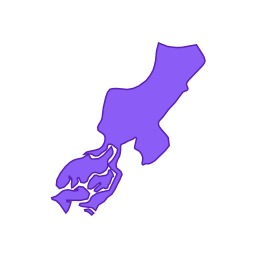 SVG path tracing the border of Hồ Chí Minh city, rotated 71°
{"feature_id": "VNM-501", "entity_name": "Hồ Chí Minh city", "entity_type": "City", "adm_level": 1, "iso_a3": "VNM", "parent_name": "Vietnam", "parent_adm1": "", "projection": "natural_earth1", "projection_center": [106.809, 10.754], "detail": "fine", "context": "isolated", "style": "filled", "palette": "violet", "viewbox_px": 256, "rotation_deg": 71, "n_neighbors": 0, "source": "natural_earth", "source_scale": "10m", "svg_char_len": 3570}
<svg xmlns="http://www.w3.org/2000/svg" viewBox="0 0 256 256"><g transform="rotate(71 128 128)"><path d="M189.6,174.3L191.2,181.0L195.4,185.5L193.7,186.5L191.8,187.7L187.0,197.3L185.2,199.2L183.8,197.9L184.2,195.8L185.0,193.1L185.2,190.6L184.3,188.0L183.3,186.8L182.1,185.8L180.9,183.7L179.7,178.8L179.8,174.4L180.8,166.0L169.7,155.1L167.8,153.2L164.8,154.9L160.7,157.3L156.5,158.6L154.6,155.9L153.4,153.2L150.7,149.6L149.0,147.9L147.4,146.3L144.5,144.7L143.6,145.2L143.4,145.2L139.2,147.9L137.9,149.0L137.0,151.7L138.4,153.4L140.5,154.5L141.6,155.9L142.1,158.3L144.5,165.2L143.8,168.1L142.7,169.4L141.4,170.4L140.2,172.0L138.9,176.0L138.5,178.0L137.4,175.7L137.4,173.5L138.3,166.2L138.4,161.7L137.1,158.3L134.4,155.3L131.4,153.4L128.6,152.6L126.4,152.9L124.3,154.2L122.4,155.8L120.3,157.0L117.5,156.5L115.3,154.5L112.5,151.1L110.1,149.2L100.7,144.6L91.5,138.9L87.5,135.6L85.5,132.4L85.9,129.2L87.3,125.1L91.4,116.0L92.3,110.2L91.8,103.9L89.1,95.4L85.7,90.1L81.7,85.6L77.8,82.7L72.9,79.7L64.6,76.0L57.6,71.4L63.5,64.5L65.4,61.1L67.8,55.7L69.3,50.9L71.6,36.2L83.7,33.3L86.2,33.1L89.5,33.3L91.4,34.7L93.2,37.1L102.3,54.8L104.3,57.7L106.1,58.6L110.2,58.5L111.3,59.3L111.7,60.7L111.6,62.4L111.9,64.5L119.3,75.4L123.5,83.4L129.0,91.5L131.7,96.5L133.8,97.9L136.5,98.1L139.7,97.1L147.7,93.9L150.3,93.1L158.1,94.8L161.7,100.5L167.6,113.2L168.5,117.3L168.6,119.5L168.3,121.0L168.0,121.6L167.7,122.2L167.5,122.6L167.5,123.3L167.7,125.0L167.8,125.5L167.7,125.9L167.4,126.1L166.9,126.3L166.3,126.3L165.4,125.9L163.9,125.0L162.3,124.2L160.7,123.7L158.7,123.6L156.6,123.8L154.8,124.4L153.2,125.1L152.2,125.9L150.3,127.8L149.6,128.2L149.1,128.3L148.2,128.0L140.6,123.3L140.0,123.4L139.2,124.1L140.1,127.0L140.4,132.7L141.1,135.9L141.1,137.0L141.3,140.0L143.0,141.0L145.4,141.8L147.3,142.6L149.3,143.6L151.9,145.2L154.3,147.9L158.2,151.1L162.0,151.8L164.4,150.3L167.2,148.8L170.1,148.8L172.2,150.8L174.6,152.9L177.5,156.1L181.3,159.8L185.3,164.8L186.9,170.1L189.6,174.3ZM166.2,200.7L162.8,199.8L159.9,198.4L157.3,197.8L154.6,199.2L155.8,199.9L156.1,199.9L156.4,199.5L157.5,199.2L160.7,202.7L163.1,207.8L162.9,212.5L158.9,214.4L153.9,212.1L148.6,206.5L144.2,199.8L141.6,194.0L140.8,190.0L140.8,187.1L141.6,180.3L141.4,180.1L140.8,178.4L140.2,174.4L140.9,173.7L144.5,173.0L145.8,172.0L147.4,165.8L145.9,160.1L140.2,149.8L145.0,149.8L147.0,150.5L148.9,152.6L150.9,156.3L152.1,157.8L157.9,159.7L160.6,162.7L161.8,166.5L161.8,170.1L160.3,171.7L159.3,173.4L158.9,176.2L159.4,177.3L161.8,181.3L162.6,182.1L164.8,183.7L165.7,187.2L164.1,190.2L158.9,190.6L158.9,192.3L162.3,192.5L164.0,194.1L166.2,199.2L166.2,200.7ZM179.4,206.0L184.0,209.4L186.3,211.6L188.1,214.4L177.7,217.3L173.5,219.5L170.7,222.9L169.1,222.9L169.1,218.4L168.1,215.0L166.9,212.1L166.2,209.4L166.8,204.8L170.0,199.5L170.7,195.7L169.1,195.7L169.1,199.2L167.3,193.4L169.2,189.7L173.1,187.4L177.5,185.7L181.9,189.2L180.9,196.7L176.4,209.4L177.9,209.4L179.4,206.0ZM173.6,182.9L172.3,185.5L169.5,184.6L166.5,182.2L164.7,180.3L164.4,179.5L162.3,175.6L161.8,175.4L162.3,173.1L164.3,171.1L164.7,169.4L165.6,164.2L164.8,161.9L161.8,160.0L161.8,158.4L164.2,157.7L166.9,157.3L169.1,157.6L169.5,159.4L174.4,163.2L175.5,165.2L176.4,165.8L177.4,166.3L177.9,166.7L178.1,168.6L177.5,169.6L176.7,170.2L176.4,171.0L176.9,173.8L177.8,176.5L178.0,178.8L176.4,180.3L175.2,179.4L174.0,177.0L172.1,172.0L170.7,172.0L171.2,175.1L173.2,179.6L173.6,182.9ZM198.4,190.6L195.3,192.4L193.7,193.7L192.5,195.7L191.1,195.7L191.8,191.7L193.8,189.8L196.0,188.8L196.4,188.6L197.3,188.0L198.4,190.6Z" fill="#8b5cf6" stroke="#5b21b6" stroke-width="1.5"/></g></svg>